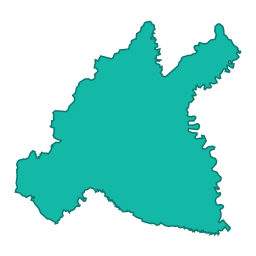 Likolobeng, Maseru, Lesotho (Robinson projection)
{"feature_id": "5366337B98429078950414", "entity_name": "Likolobeng", "entity_type": "district", "adm_level": 2, "iso_a3": "LSO", "parent_name": "Lesotho", "parent_adm1": "Maseru", "projection": "robinson", "projection_center": [27.995, -29.48], "detail": "fine", "context": "isolated", "style": "filled", "palette": "teal", "viewbox_px": 256, "rotation_deg": 0, "n_neighbors": 0, "source": "geoboundaries", "source_scale": "gbopen_adm2", "svg_char_len": 5805}
<svg xmlns="http://www.w3.org/2000/svg" viewBox="0 0 256 256"><path d="M219.1,233.5L218.0,231.3L218.3,230.4L221.9,230.7L225.1,226.8L228.0,231.0L230.0,228.9L230.1,227.6L224.2,221.7L223.6,220.2L222.0,220.4L220.1,222.5L218.5,222.1L220.8,216.7L221.0,213.6L220.0,209.6L222.6,208.1L223.5,206.8L222.9,205.5L221.0,204.6L217.1,205.1L216.2,203.9L215.3,200.3L216.2,198.0L219.9,195.5L220.6,193.8L219.8,192.6L217.3,193.5L214.4,187.6L215.3,187.3L217.5,189.4L219.1,189.1L219.1,188.1L217.1,186.3L216.4,183.0L220.4,180.6L221.2,178.3L220.8,177.1L218.0,174.6L217.1,172.3L212.4,170.6L211.8,169.7L212.1,168.1L215.9,164.1L216.7,161.3L215.4,158.5L212.9,157.9L210.6,156.1L209.6,152.3L210.3,150.3L214.1,149.1L214.8,147.2L212.8,146.3L210.5,146.4L207.7,147.2L205.5,149.1L202.4,148.8L202.3,146.9L206.2,140.9L204.0,135.7L201.7,135.5L202.5,138.5L199.8,138.2L196.6,138.9L195.3,138.3L194.9,136.9L197.1,134.6L196.9,133.0L192.5,132.8L188.8,131.4L188.2,130.2L188.7,128.5L197.5,129.6L198.9,128.2L199.5,125.7L198.8,124.4L197.4,123.7L193.2,125.1L189.0,125.2L187.9,123.5L188.2,121.8L190.0,120.9L193.9,120.9L195.8,117.9L195.5,116.8L193.9,116.1L190.7,116.8L187.8,116.1L187.3,115.5L188.0,112.4L186.5,109.5L188.4,107.4L189.0,102.8L191.4,102.0L193.9,99.4L192.2,95.9L192.5,95.3L194.4,95.8L195.8,95.3L195.9,94.4L192.7,90.0L193.3,89.3L196.0,89.7L196.2,85.4L197.0,85.2L198.1,87.0L200.3,87.7L202.1,85.5L204.4,84.6L204.8,85.3L204.1,88.9L204.8,89.7L207.0,87.6L209.9,88.0L211.0,87.4L211.2,86.4L209.5,83.4L211.1,82.8L212.2,83.6L214.9,83.6L217.2,82.5L215.5,79.2L215.2,77.1L216.1,76.9L219.3,78.7L220.6,78.2L219.7,74.6L221.9,72.3L223.5,68.9L225.8,69.2L225.3,71.5L229.3,72.2L229.7,71.0L227.5,68.8L227.1,65.4L227.9,65.2L232.2,68.0L233.3,67.7L233.9,63.8L229.8,63.9L228.6,62.5L228.8,60.9L230.5,60.9L231.0,62.7L231.8,63.0L233.3,60.3L236.2,59.6L239.0,57.0L236.3,53.4L237.3,52.5L239.9,53.1L240.6,52.4L240.3,51.2L238.5,51.7L238.4,50.5L237.4,49.9L238.0,49.0L237.2,47.4L235.1,46.3L232.6,43.6L231.1,40.1L228.5,39.5L226.1,35.8L224.0,34.5L223.6,29.4L222.7,26.4L219.5,23.9L217.4,24.3L215.2,26.6L214.8,31.0L216.3,34.7L215.1,39.4L210.7,40.0L207.2,43.4L203.5,43.8L199.6,42.6L198.6,43.9L199.3,45.1L198.8,45.7L196.1,45.4L194.7,46.0L194.1,47.5L195.5,50.5L197.5,50.8L196.0,53.2L192.5,54.2L191.1,55.4L188.7,55.3L182.8,57.1L181.4,58.5L181.1,60.6L179.2,62.3L178.5,65.5L165.5,76.8L162.1,75.9L162.0,74.2L160.4,72.5L162.1,70.1L161.9,66.4L160.2,67.3L159.6,64.6L156.4,63.6L155.5,62.4L156.1,60.9L159.3,61.2L160.7,60.0L157.9,59.8L155.3,58.6L156.0,58.2L156.4,55.9L160.2,54.2L159.8,53.1L158.4,53.0L158.2,52.1L159.4,51.5L159.9,48.9L156.8,50.0L154.7,49.0L155.1,47.7L157.1,47.0L157.7,45.9L157.3,43.7L154.9,43.3L154.8,41.2L156.0,40.2L156.0,39.3L155.1,38.6L151.1,39.1L150.6,38.3L151.1,37.2L153.6,37.2L152.6,36.6L152.8,35.3L151.9,34.3L154.3,33.3L152.7,32.2L153.9,29.9L155.0,29.5L154.0,27.3L154.4,25.8L153.4,24.6L152.1,24.4L151.5,22.7L150.0,21.4L145.5,22.3L144.4,23.2L143.6,25.5L141.0,27.7L141.4,28.8L140.1,31.5L136.7,33.8L136.1,38.6L131.5,40.7L131.2,43.6L129.5,45.4L128.7,49.1L119.8,50.0L118.6,52.8L114.6,53.9L113.1,57.7L111.5,58.8L100.7,56.0L98.1,60.9L95.3,59.7L95.2,62.4L95.6,63.1L94.6,65.4L94.4,68.0L96.0,68.0L98.1,70.4L97.6,71.7L94.5,74.5L95.4,77.0L93.8,79.3L91.0,80.3L88.8,78.9L85.1,79.0L80.1,82.0L78.6,84.0L78.7,85.7L76.6,87.6L75.5,92.7L72.7,95.4L74.6,98.0L74.5,101.0L69.2,106.4L68.1,109.6L66.3,111.6L55.1,110.8L53.0,112.8L53.9,115.3L53.4,117.7L54.0,118.9L53.3,120.5L51.8,120.8L51.6,125.0L50.3,126.6L54.1,128.1L54.0,132.9L53.1,135.4L54.1,137.5L58.0,139.7L61.0,140.2L61.3,140.6L60.7,141.5L58.8,142.6L55.8,142.4L51.9,145.1L52.7,146.2L51.4,146.2L51.3,149.7L48.2,154.1L46.8,153.1L43.9,153.3L41.6,152.4L40.9,154.5L40.2,154.3L40.4,155.9L38.4,156.7L39.2,157.9L37.2,158.4L36.0,156.2L35.9,154.2L35.1,153.7L34.9,151.6L32.7,150.8L30.5,153.1L28.7,157.7L25.7,159.3L23.7,159.0L19.0,160.3L17.7,161.5L16.7,164.6L17.8,167.9L16.8,169.5L17.1,177.1L16.2,183.1L17.4,187.7L15.7,190.0L15.4,192.1L20.1,193.0L22.4,195.6L24.8,196.0L26.3,197.4L30.0,195.4L31.0,195.4L31.7,196.9L33.9,196.6L34.5,198.0L31.6,198.5L31.0,200.1L33.6,201.1L34.6,203.5L38.6,208.2L40.8,213.0L47.4,219.0L49.6,219.0L55.0,222.2L55.3,223.8L57.8,222.9L57.7,220.6L59.0,220.4L60.3,217.8L62.6,216.6L63.0,215.2L62.2,213.3L63.5,210.1L64.2,209.9L65.7,211.4L68.0,210.5L69.3,212.8L70.1,211.3L74.2,209.3L75.9,206.4L79.2,206.4L80.0,205.7L79.9,205.0L78.5,205.0L78.5,202.9L77.4,201.8L79.0,197.7L80.1,197.9L84.0,201.3L85.3,200.9L86.2,198.4L85.0,197.8L83.4,198.4L82.2,193.1L83.9,192.7L84.6,190.2L87.5,189.4L90.3,187.5L94.6,189.5L95.7,192.2L97.0,191.2L97.3,189.4L98.7,189.8L98.6,191.2L99.9,190.2L101.0,191.4L102.6,190.2L102.2,192.2L103.8,191.6L105.4,194.0L104.8,195.9L106.2,196.9L108.0,196.8L107.8,197.6L108.7,197.9L107.7,198.9L108.4,199.2L108.7,200.6L109.9,200.7L109.5,200.3L110.7,199.7L110.7,201.1L112.6,200.3L112.9,201.9L114.9,202.9L114.1,203.7L115.1,203.8L115.3,206.3L116.3,205.6L116.6,206.7L118.1,206.3L118.3,206.9L117.5,207.3L120.0,208.4L119.3,209.4L120.8,209.5L122.9,211.7L126.2,211.5L127.4,210.7L127.6,211.4L129.0,211.0L130.7,212.4L132.8,212.3L133.4,212.8L133.1,214.9L137.1,217.5L142.1,219.1L142.2,221.0L142.9,221.4L150.8,223.6L154.1,223.3L156.4,225.1L158.9,224.8L160.9,222.8L165.1,225.5L169.1,226.4L171.6,225.7L175.0,226.4L177.9,225.8L178.8,227.3L180.5,227.7L184.0,226.7L183.8,227.9L184.8,228.7L185.3,228.0L187.1,228.3L188.7,228.9L188.7,229.5L190.9,228.7L191.4,229.2L190.4,230.2L192.1,230.4L192.8,231.5L193.4,230.3L193.0,229.4L194.4,231.6L195.1,230.3L196.3,230.4L196.9,229.6L197.4,230.9L199.7,231.3L200.1,232.3L201.5,230.9L201.3,232.1L202.9,232.2L203.3,230.9L203.9,232.1L205.2,231.8L205.5,232.8L207.7,233.0L208.1,232.4L208.9,233.1L209.9,232.4L210.4,233.3L211.7,233.2L210.6,234.3L212.2,233.9L212.8,232.9L213.5,233.7L214.9,233.1L214.9,234.6L216.4,233.0L217.5,233.9L218.3,233.3L218.4,234.4L219.1,233.5Z" fill="#14b8a6" stroke="#0f766e" stroke-width="1.5"/></svg>